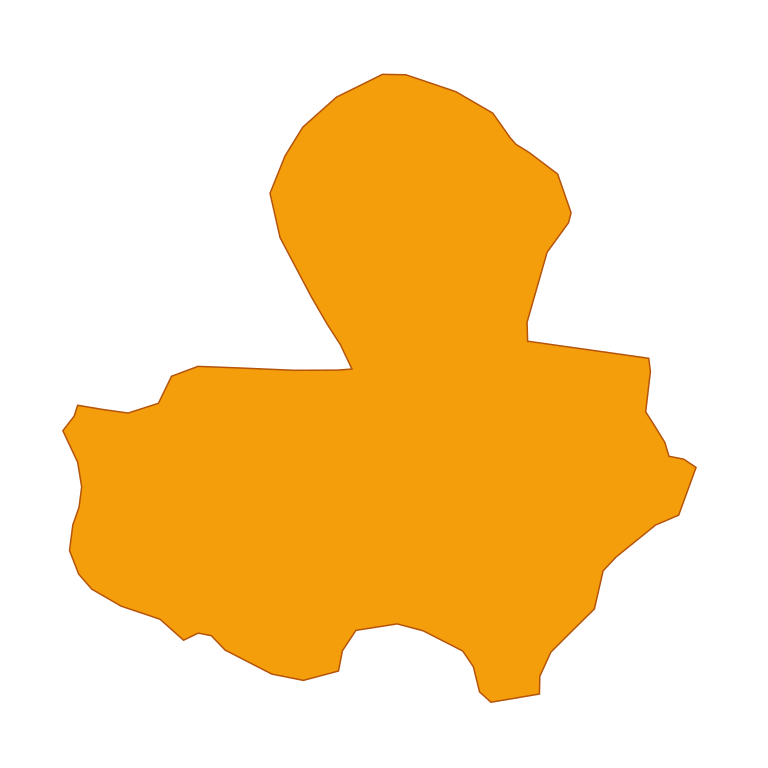 Aragats, Aragatsotn, Armenia, rotated 184°
{"feature_id": "60910142B99974391467530", "entity_name": "Aragats", "entity_type": "district", "adm_level": 2, "iso_a3": "ARM", "parent_name": "Armenia", "parent_adm1": "Aragatsotn", "projection": "albers", "projection_center": [44.244, 40.628], "detail": "fine", "context": "isolated", "style": "filled", "palette": "amber", "viewbox_px": 768, "rotation_deg": 184, "n_neighbors": 0, "source": "geoboundaries", "source_scale": "gbopen_adm2", "svg_char_len": 1142}
<svg xmlns="http://www.w3.org/2000/svg" viewBox="0 0 768 768"><g transform="rotate(184 384 384)"><path d="M207.3,85.6L208.2,103.3L198.8,128.2L186.8,142.0L169.1,162.2L158.4,174.3L152.4,212.9L140.5,227.5L103.2,262.3L87.2,270.5L80.9,273.7L66.9,322.5L79.7,329.9L94.7,331.8L99.7,345.2L110.6,360.4L121.0,374.5L119.1,415.2L121.7,428.1L243.7,436.7L245.6,455.5L230.5,526.8L211.2,557.7L209.3,567.8L225.4,605.5L255.1,624.9L269.1,632.3L272.3,635.5L275.1,638.2L294.4,661.8L332.7,680.6L383.8,694.0L407.1,692.8L451.4,666.9L482.9,634.6L498.6,604.7L511.0,566.3L497.9,522.8L462.4,465.6L445.2,440.2L430.2,420.1L417.0,396.7L431.4,394.6L474.3,391.4L529.7,389.9L570.8,388.6L596.5,376.9L607.7,349.0L637.2,337.2L662.1,338.9L688.1,341.4L690.8,330.4L701.1,315.0L684.1,284.5L678.4,260.2L679.6,239.9L684.6,221.7L685.1,213.2L686.1,195.9L675.3,173.0L661.1,158.9L630.9,144.1L591.0,133.7L568.5,116.3L566.1,114.4L552.0,122.5L538.7,120.9L524.0,107.5L475.7,86.8L443.8,82.7L409.4,94.5L406.9,114.9L406.6,115.5L394.8,136.3L354.2,145.6L329.1,140.8L327.6,140.5L286.8,123.1L275.1,108.1L267.2,83.5L255.1,74.0L207.3,85.6Z" fill="#f59e0b" stroke="#b45309" stroke-width="1.5"/></g></svg>